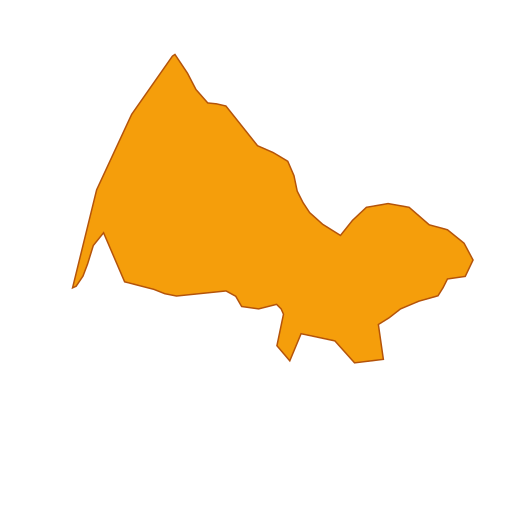 Kŏḷamba, Albers equal-area conic projection, rotated 35°
{"feature_id": "LKA-2470", "entity_name": "Kŏḷamba", "entity_type": "District", "adm_level": 1, "iso_a3": "LKA", "parent_name": "Sri Lanka", "parent_adm1": "", "projection": "albers", "projection_center": [80.037, 6.845], "detail": "fine", "context": "isolated", "style": "filled", "palette": "amber", "viewbox_px": 512, "rotation_deg": 35, "n_neighbors": 0, "source": "natural_earth", "source_scale": "10m", "svg_char_len": 884}
<svg xmlns="http://www.w3.org/2000/svg" viewBox="0 0 512 512"><g transform="rotate(35 256 256)"><path d="M124.0,387.3L87.5,293.2L74.2,218.6L72.9,211.2L72.9,140.2L74.0,137.4L95.1,145.6L111.4,154.1L128.7,158.3L136.4,154.0L145.3,150.4L194.0,164.8L211.0,161.4L227.7,160.2L241.0,168.4L252.5,179.2L263.7,185.2L275.0,189.7L292.4,191.8L313.4,190.7L314.6,171.4L318.5,152.8L334.1,137.3L353.5,128.3L380.0,131.1L397.8,124.7L419.1,126.2L436.1,134.8L439.1,152.7L426.0,165.0L427.4,174.6L427.9,184.2L415.3,199.6L404.7,216.5L400.5,230.2L395.5,241.9L419.6,267.6L398.0,287.0L369.3,280.3L337.5,293.8L343.8,322.5L324.6,317.5L311.9,287.9L306.9,284.9L300.6,283.8L288.5,297.8L273.2,305.6L262.5,300.6L251.5,301.8L213.8,334.4L202.9,339.2L191.5,341.9L163.2,352.5L117.8,324.4L116.7,340.7L122.6,359.1L125.8,371.7L126.0,384.0L125.6,384.6L124.0,387.3Z" fill="#f59e0b" stroke="#b45309" stroke-width="1.5"/></g></svg>